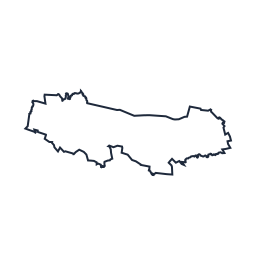 the district of Indé, Durango, Mexico, rotated 314°
{"feature_id": "50627088B54774799298388", "entity_name": "Indé", "entity_type": "district", "adm_level": 2, "iso_a3": "MEX", "parent_name": "Mexico", "parent_adm1": "Durango", "projection": "robinson", "projection_center": [-105.025, 25.738], "detail": "fine", "context": "isolated", "style": "outline", "palette": "slate", "viewbox_px": 256, "rotation_deg": 314, "n_neighbors": 0, "source": "geoboundaries", "source_scale": "gbopen_adm2", "svg_char_len": 5406}
<svg xmlns="http://www.w3.org/2000/svg" viewBox="0 0 256 256"><g transform="rotate(314 128 128)"><path d="M81.9,40.9L81.2,40.6L80.9,40.7L80.6,41.2L80.3,41.3L80.1,41.4L80.2,41.8L80.0,42.1L79.9,42.5L79.7,42.9L79.5,43.4L79.0,43.7L78.7,44.0L77.5,44.5L77.1,44.3L77.0,44.5L76.7,44.4L76.3,44.6L75.9,44.6L75.2,45.2L75.0,45.4L74.6,45.6L74.5,45.8L74.2,45.8L73.9,45.9L73.9,46.1L73.6,46.3L73.3,46.3L73.2,46.4L72.8,46.5L72.5,46.8L72.4,46.8L72.5,46.7L72.4,46.7L72.2,46.7L72.3,46.9L72.1,46.9L71.9,47.0L71.7,47.1L70.9,47.3L70.7,47.4L70.3,47.4L70.3,47.5L70.1,47.4L70.1,47.5L69.8,47.4L69.6,47.5L69.3,47.5L59.6,54.6L56.3,54.6L57.7,57.8L60.2,63.2L60.3,64.6L60.8,64.6L61.3,63.4L61.3,62.9L61.8,61.8L63.5,64.8L62.8,65.5L62.6,66.1L66.2,73.6L66.1,73.8L62.4,75.6L63.3,81.1L65.2,83.2L64.5,83.7L64.3,86.6L63.0,88.5L62.5,93.9L66.7,92.7L66.4,98.5L67.7,99.1L71.7,106.6L71.3,107.0L71.5,107.2L74.3,107.1L78.5,108.0L80.1,112.8L80.0,116.5L76.9,121.8L78.8,124.0L80.7,126.4L81.5,129.3L80.1,130.7L81.6,131.1L82.7,133.9L81.6,135.4L81.4,135.5L81.2,135.7L81.3,136.0L81.6,135.9L81.9,136.0L82.2,136.4L82.1,136.5L82.5,137.0L82.8,136.9L82.6,137.1L83.1,137.6L83.5,137.4L83.4,137.3L83.5,137.0L83.9,137.7L84.6,137.6L84.7,137.3L86.6,135.1L87.4,134.6L90.6,136.1L92.1,137.4L93.2,137.2L95.0,138.0L98.4,133.0L100.6,130.5L101.6,128.0L101.7,127.3L101.3,126.6L102.3,126.7L104.1,130.9L107.9,132.7L110.5,136.6L109.7,137.8L105.8,140.6L108.6,146.3L107.8,153.1L109.5,156.8L110.6,162.5L110.3,162.8L115.2,170.3L113.4,171.8L113.0,171.9L112.9,172.2L112.4,172.2L111.9,172.5L112.1,173.1L112.3,173.5L112.3,173.8L112.4,174.2L112.3,174.5L111.9,175.0L111.6,176.3L111.7,176.5L112.0,176.6L111.9,176.9L111.3,177.2L111.2,177.3L111.3,177.8L111.3,178.4L111.4,178.5L111.8,178.7L112.0,179.1L112.9,178.9L113.0,178.4L114.5,179.3L115.0,179.2L121.6,187.8L125.3,192.2L130.5,186.7L131.3,185.3L131.3,181.4L133.0,181.2L136.4,181.1L136.3,186.5L139.8,187.8L139.4,191.6L140.3,193.9L141.1,190.4L143.3,193.2L143.5,193.2L143.6,192.9L143.8,192.8L143.9,192.6L143.8,192.4L143.9,192.2L144.3,192.0L144.5,192.0L144.6,191.9L144.7,191.4L145.4,191.2L146.1,191.3L146.8,191.3L147.6,192.0L147.9,192.4L148.5,192.3L149.1,192.5L150.1,193.1L150.3,193.2L151.3,193.1L153.0,194.3L153.3,194.7L153.4,195.2L153.5,195.5L155.0,195.6L155.4,195.9L155.5,196.2L155.4,196.4L155.1,196.8L154.8,198.0L154.9,198.5L155.2,198.6L156.1,198.3L156.5,197.5L156.9,197.0L157.3,197.1L157.5,197.2L158.2,197.2L158.6,197.5L158.8,198.1L158.8,198.4L158.8,198.8L158.5,199.3L159.1,200.5L159.4,201.2L159.5,201.6L159.8,201.9L160.1,202.2L161.0,202.3L161.5,202.5L162.0,202.8L162.2,203.7L162.1,203.9L161.7,204.6L161.9,205.2L162.4,205.6L162.7,205.6L163.2,205.6L163.6,205.2L163.8,204.7L164.5,204.4L164.8,204.3L165.2,204.6L165.7,204.9L166.1,205.4L166.4,205.4L166.8,205.2L166.9,205.3L167.1,205.8L167.2,206.0L167.1,206.3L167.1,206.8L166.9,207.0L166.9,207.3L166.9,207.5L167.7,208.0L168.2,208.1L168.5,208.0L168.8,208.1L168.9,208.3L169.0,209.3L169.1,209.6L169.3,209.7L170.0,209.3L170.3,209.3L170.9,209.7L171.1,210.2L171.4,210.4L171.7,210.4L172.2,210.8L172.6,210.6L172.7,210.4L172.9,210.3L173.1,210.3L173.7,210.6L174.0,210.9L174.8,211.4L175.1,212.3L175.2,212.7L175.3,213.3L176.0,213.8L176.6,214.5L177.0,214.8L178.1,210.7L180.6,212.7L184.8,215.4L186.0,211.1L187.6,208.8L190.5,210.8L192.7,207.2L194.0,203.4L190.8,202.5L194.6,196.4L196.4,196.1L196.6,193.1L196.9,193.0L197.0,192.7L197.6,192.6L197.9,192.5L198.3,192.6L198.3,193.0L198.5,193.4L198.9,193.0L199.3,193.1L199.6,193.0L199.7,192.8L199.5,191.8L199.5,190.7L199.1,189.5L199.3,189.0L199.2,188.3L199.3,188.0L199.3,187.9L199.1,187.9L198.9,187.7L199.2,186.5L199.1,186.4L198.9,186.3L198.6,186.8L198.3,187.0L197.5,186.6L197.5,186.1L197.4,186.1L197.3,185.9L197.2,185.3L197.2,185.1L197.5,177.0L197.4,176.8L197.5,176.6L197.8,175.9L198.1,175.5L198.9,175.2L199.3,174.7L199.5,174.7L196.1,173.6L191.7,168.0L192.3,166.7L186.4,157.6L177.2,162.6L175.3,160.9L169.6,158.5L166.7,155.8L165.6,154.2L162.7,147.1L152.1,134.5L148.2,130.6L141.1,124.0L138.3,116.9L135.4,109.5L133.3,107.6L117.5,81.4L117.7,81.0L118.4,80.6L119.1,79.8L119.2,79.5L119.1,79.0L119.2,78.7L119.9,77.8L120.3,77.5L120.1,76.9L120.6,76.6L120.5,76.3L120.6,76.2L120.5,75.9L120.8,75.6L120.9,75.1L120.7,74.8L120.5,74.3L120.4,74.2L120.4,73.9L120.2,73.3L120.3,73.2L120.8,72.9L121.0,72.6L120.7,72.4L120.6,72.2L120.9,71.8L120.9,71.6L121.3,71.4L121.2,71.2L121.4,71.0L121.4,70.7L121.6,70.3L121.5,70.0L121.4,69.8L121.8,69.1L122.0,68.6L122.0,68.4L121.5,68.9L121.0,68.9L120.3,68.8L119.8,68.9L119.6,68.7L119.0,68.6L118.7,68.5L118.3,68.3L117.7,67.8L117.2,67.1L117.0,66.8L117.0,66.6L116.2,65.5L115.9,65.5L115.6,65.6L115.2,65.5L115.0,65.4L115.1,65.2L114.9,64.9L114.6,64.7L114.2,64.6L113.8,64.7L113.4,64.5L112.8,64.8L112.6,65.0L111.9,64.5L111.2,64.4L111.0,64.6L110.8,64.9L110.5,64.8L110.3,64.9L110.2,65.2L110.0,65.3L109.8,65.4L109.4,65.2L109.1,65.3L108.6,66.0L108.4,65.9L108.2,65.9L107.4,64.5L107.9,64.1L109.4,63.2L110.8,60.9L110.8,60.6L110.4,59.9L110.1,59.5L109.7,59.5L109.6,60.0L109.3,60.3L109.0,60.4L108.8,60.5L108.5,60.5L108.2,60.6L107.5,61.3L107.3,61.7L106.7,61.9L106.3,62.3L106.0,62.3L105.8,62.5L105.5,62.6L104.7,62.3L104.3,62.1L103.1,61.8L102.9,61.8L102.2,62.0L102.0,61.9L102.1,61.6L102.9,60.7L103.0,60.6L103.4,60.7L103.5,60.6L103.6,57.6L103.9,56.1L104.1,55.8L104.2,55.1L104.1,54.6L104.0,54.3L103.7,54.1L102.9,54.2L102.6,54.1L102.1,54.0L101.9,53.9L101.8,53.7L94.1,44.9L92.8,45.8L88.2,51.7L84.1,43.9L82.0,41.7L81.9,40.9Z" fill="none" stroke="#1e293b" stroke-width="2"/></g></svg>